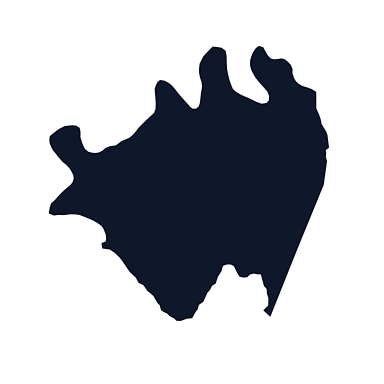 outline of Paula Freitas, Paraná, Brazil, rotated 168°
{"feature_id": "56859067B24450380126830", "entity_name": "Paula Freitas", "entity_type": "district", "adm_level": 2, "iso_a3": "BRA", "parent_name": "Brazil", "parent_adm1": "Paraná", "projection": "natural_earth1", "projection_center": [-50.843, -26.173], "detail": "fine", "context": "isolated", "style": "filled", "palette": "ink", "viewbox_px": 384, "rotation_deg": 168, "n_neighbors": 0, "source": "geoboundaries", "source_scale": "gbopen_adm2", "svg_char_len": 2848}
<svg xmlns="http://www.w3.org/2000/svg" viewBox="0 0 384 384"><g transform="rotate(168 192 192)"><path d="M335.6,201.0L331.7,198.4L327.7,198.2L322.1,196.8L315.1,196.2L310.2,195.0L306.2,193.5L295.5,186.3L290.4,181.9L287.0,178.1L285.5,174.7L284.4,168.1L284.9,164.1L286.1,160.9L290.5,160.2L290.7,155.9L284.0,153.5L279.8,149.2L276.2,144.0L274.2,140.1L268.9,127.1L264.0,120.1L262.6,114.8L258.3,111.5L255.6,105.0L252.5,101.2L250.7,98.7L248.2,91.0L246.4,88.3L246.1,83.2L243.9,80.9L241.2,79.0L239.2,75.9L235.1,72.4L233.4,69.8L229.6,69.0L223.3,69.9L218.4,69.3L214.0,74.4L211.4,76.6L209.3,80.7L204.2,82.9L198.4,90.8L195.6,92.8L192.1,96.9L188.4,98.1L184.9,104.2L180.4,108.7L177.6,114.0L172.5,114.6L168.6,113.6L165.7,111.0L164.0,104.0L162.5,99.8L159.3,98.4L155.9,97.9L152.9,99.9L148.6,100.2L144.3,98.4L141.1,97.9L140.4,85.3L138.3,81.7L139.1,77.1L138.6,72.1L140.4,64.7L145.8,61.2L141.4,54.9L105.7,108.3L97.4,120.6L62.3,172.0L54.3,194.2L54.6,198.3L53.4,202.4L53.2,205.8L49.5,207.2L48.4,219.6L49.0,223.3L51.9,231.5L51.7,235.8L52.2,240.3L53.8,247.9L50.5,263.9L54.3,267.4L58.3,269.9L61.9,271.8L65.7,275.0L68.1,278.5L69.3,282.3L69.8,287.4L68.9,291.3L69.5,295.2L71.6,298.8L73.8,301.6L76.7,303.3L80.5,303.5L84.3,304.0L87.7,305.5L90.1,309.5L91.6,314.0L92.9,318.3L96.2,320.2L99.4,318.7L103.1,315.0L105.4,311.5L107.2,307.9L108.2,303.3L107.8,298.7L106.6,294.6L105.6,291.3L104.0,288.0L102.0,284.1L100.0,280.8L98.4,277.9L96.7,275.0L95.9,269.8L97.0,265.4L100.2,262.8L105.7,263.1L110.6,266.1L115.3,269.8L118.2,272.0L122.1,274.7L124.8,276.8L128.9,280.5L131.3,284.1L132.0,287.6L132.6,291.5L132.9,295.5L133.0,299.8L132.9,304.9L131.6,312.9L130.6,318.0L130.5,322.9L133.6,326.4L138.1,328.1L141.6,329.1L145.2,326.6L148.7,324.3L152.1,321.8L154.7,318.7L157.2,315.5L158.8,310.8L159.6,306.9L159.6,302.0L159.0,297.2L159.7,292.1L161.8,287.1L163.9,280.6L165.4,276.6L167.4,273.5L170.9,271.8L174.4,272.7L176.6,275.0L178.5,278.6L180.9,282.6L183.6,287.5L185.7,291.3L187.5,295.0L189.4,298.7L191.9,302.3L196.1,305.9L199.9,307.4L202.5,306.1L204.6,303.3L206.3,300.5L206.9,296.5L207.6,290.8L208.3,285.8L209.7,280.5L212.3,276.6L215.5,274.7L218.2,273.1L221.2,271.3L225.0,268.9L228.5,266.6L231.0,264.9L233.8,262.4L236.2,260.6L238.9,258.8L241.8,257.3L246.4,256.4L250.2,255.7L253.7,254.0L256.6,252.7L259.8,252.9L263.3,253.1L267.2,252.3L270.5,250.4L275.0,249.2L279.1,249.6L281.8,250.5L285.5,252.3L288.3,255.8L289.3,259.1L290.0,262.8L290.5,268.9L289.3,274.0L289.3,277.8L291.9,280.3L295.2,281.4L299.3,281.9L303.1,282.1L306.1,281.3L308.8,280.6L311.5,279.4L315.3,277.5L318.8,275.7L320.0,272.5L320.3,269.1L319.7,265.8L318.6,261.9L316.8,258.5L314.9,254.5L311.7,248.8L308.4,244.6L306.2,240.9L304.9,237.3L303.8,233.2L304.2,229.4L306.2,225.9L309.2,223.4L312.4,221.8L315.9,219.9L319.8,217.5L323.1,215.2L327.5,212.0L331.7,209.5L333.8,205.9L335.6,201.0Z" fill="#0f172a" stroke="#020617" stroke-width="1.5"/></g></svg>